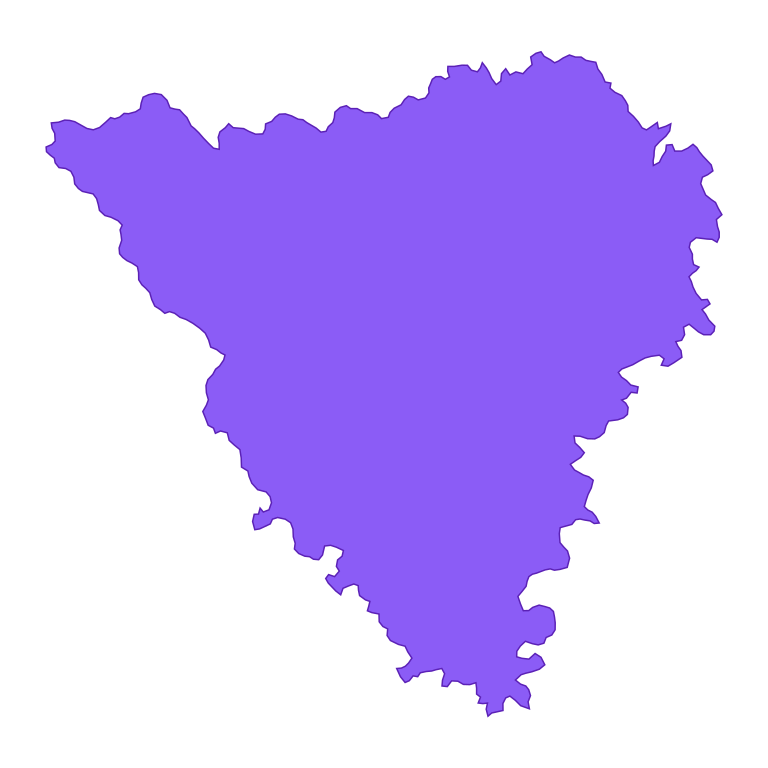 the district of Luz, Minas Gerais, Brazil
{"feature_id": "56859067B37044810293791", "entity_name": "Luz", "entity_type": "district", "adm_level": 2, "iso_a3": "BRA", "parent_name": "Brazil", "parent_adm1": "Minas Gerais", "projection": "orthographic", "projection_center": [-45.672, -19.865], "detail": "fine", "context": "isolated", "style": "filled", "palette": "violet", "viewbox_px": 768, "rotation_deg": 0, "n_neighbors": 0, "source": "geoboundaries", "source_scale": "gbopen_adm2", "svg_char_len": 6045}
<svg xmlns="http://www.w3.org/2000/svg" viewBox="0 0 768 768"><path d="M503.0,710.5L502.9,703.5L505.7,697.9L509.9,696.1L515.3,700.3L520.7,705.7L529.4,708.8L528.1,701.8L530.5,695.6L528.7,689.7L525.8,686.0L520.5,684.1L515.4,680.0L521.1,674.7L525.8,673.2L531.8,671.8L539.4,669.2L544.8,664.8L541.0,657.3L535.1,653.5L528.9,659.1L521.9,658.3L516.7,656.8L516.8,651.3L520.3,646.1L525.4,641.3L532.4,643.7L538.2,644.9L543.9,643.2L546.1,637.5L551.8,635.0L555.1,629.8L555.2,622.8L554.5,617.1L553.4,611.4L549.7,608.0L545.1,606.6L539.1,605.1L532.7,607.4L528.7,610.6L523.3,610.7L520.5,604.0L517.9,596.4L522.4,591.0L526.1,586.3L527.1,581.3L528.9,576.6L532.4,574.2L536.6,573.1L545.1,569.9L550.2,568.9L554.4,570.2L560.0,569.4L567.2,567.4L569.6,558.2L567.5,551.0L563.7,547.0L560.0,542.6L559.3,533.6L560.2,527.6L571.9,524.4L575.6,519.7L580.0,519.0L584.5,520.0L590.1,520.9L594.2,523.5L599.2,523.0L595.8,516.5L592.2,512.2L587.8,510.0L584.3,506.6L586.0,500.6L588.0,494.6L591.3,487.9L593.2,480.3L588.8,476.8L583.4,475.0L579.6,472.8L574.5,470.0L570.3,464.3L575.7,460.6L580.8,457.3L584.3,452.7L579.9,447.6L575.0,442.9L574.1,436.0L580.1,436.2L587.6,438.7L594.8,438.9L599.5,436.7L604.2,432.6L606.1,425.6L608.6,421.0L617.8,419.8L623.5,417.8L627.4,414.4L628.1,407.4L625.7,403.2L621.7,400.0L626.5,398.2L631.1,392.3L637.1,393.0L638.1,386.9L630.7,385.0L626.5,380.6L621.5,377.1L618.3,372.4L621.8,369.0L632.8,364.7L639.2,361.0L645.2,357.9L651.3,356.3L659.4,355.2L664.1,358.8L661.3,365.2L668.0,366.2L673.9,362.7L681.9,357.3L681.0,350.6L677.9,346.2L675.8,341.6L681.6,340.3L684.6,334.7L683.5,327.2L689.1,324.2L693.8,328.0L698.5,331.9L703.7,334.7L710.7,334.7L714.0,331.2L714.8,326.2L708.8,320.0L705.5,314.0L702.0,309.6L710.0,303.9L707.4,299.4L701.5,299.9L696.1,293.4L693.0,287.0L691.3,281.5L689.0,276.8L692.4,273.3L696.2,270.6L699.0,267.1L693.6,264.6L692.4,259.1L692.4,254.2L689.2,247.4L690.4,242.3L696.2,237.7L706.9,239.0L712.1,239.3L717.0,242.2L719.2,237.3L719.2,232.0L717.5,226.6L716.4,219.5L721.9,214.7L718.3,208.4L715.5,202.5L711.2,199.5L705.6,195.0L700.7,183.6L702.4,177.2L707.7,174.7L712.9,170.9L711.2,164.9L702.8,156.0L699.4,151.8L696.8,147.6L693.0,144.3L687.9,148.1L681.6,151.1L674.8,151.1L672.1,144.6L666.4,145.1L665.7,151.2L662.2,156.5L659.4,162.3L653.4,165.5L653.1,160.9L654.0,156.0L654.2,151.2L655.1,146.6L659.7,141.6L665.9,136.1L669.7,130.9L670.8,123.8L666.0,126.2L658.4,128.7L657.3,122.5L650.7,127.1L646.5,129.9L642.1,127.9L638.3,122.0L633.4,116.3L628.1,111.5L627.8,105.3L625.4,100.8L621.8,95.6L614.9,92.3L610.0,88.2L610.9,83.1L605.1,82.0L601.9,74.5L597.9,69.0L595.8,62.3L590.4,61.3L585.8,60.3L581.2,57.1L575.5,57.1L569.4,55.0L563.1,58.0L558.6,61.0L554.6,62.8L550.4,59.8L544.1,56.3L541.0,51.8L535.9,53.3L530.7,57.0L532.1,64.7L527.3,69.0L523.0,73.7L515.9,71.9L509.9,75.0L505.7,68.7L501.5,73.6L500.8,81.1L496.2,84.6L491.7,78.6L489.1,72.7L486.3,67.9L482.3,62.7L480.4,67.9L477.4,71.8L471.4,70.2L467.5,65.3L462.0,65.2L454.4,66.4L447.9,66.4L447.7,71.4L449.5,76.9L445.3,79.3L440.9,76.6L435.8,76.7L432.3,79.3L430.6,83.6L428.7,88.0L429.0,92.8L425.5,98.0L418.2,99.9L413.5,97.2L408.4,96.2L404.6,99.5L401.1,104.8L394.2,108.2L390.1,112.4L388.3,117.3L381.5,118.6L377.7,114.8L371.9,112.6L364.6,112.6L357.1,108.6L350.6,108.6L346.4,105.7L340.3,107.4L334.9,112.1L334.3,117.8L332.8,122.6L328.3,126.7L326.1,131.3L320.9,132.1L316.2,128.1L306.8,122.6L302.9,119.7L298.2,119.2L291.6,115.9L285.3,113.9L279.3,114.2L275.3,117.2L271.7,121.4L265.6,123.9L265.2,129.3L262.8,133.9L255.6,134.2L248.9,131.4L243.7,128.6L233.2,127.7L228.7,123.7L225.3,127.7L219.9,131.9L218.2,137.3L219.2,143.3L219.2,149.3L213.5,148.2L208.7,143.6L203.5,138.2L198.8,132.8L194.6,128.7L191.1,125.9L186.9,117.5L183.5,114.1L179.6,109.8L174.9,109.1L170.0,107.8L167.0,100.3L161.3,94.6L154.5,93.4L148.6,94.7L143.1,97.2L141.2,103.1L140.3,108.8L135.6,111.8L128.6,113.7L124.1,113.4L119.7,117.1L114.8,118.8L110.6,117.6L105.8,122.1L99.6,127.5L93.3,129.8L87.0,128.5L74.8,121.7L69.6,120.4L64.7,120.1L58.6,122.2L51.3,122.9L52.1,128.4L54.7,133.3L55.2,141.0L51.9,144.5L46.1,147.0L46.5,151.7L50.3,155.2L54.3,158.2L55.2,162.8L59.0,167.6L65.7,168.5L70.9,171.3L73.9,177.2L74.7,183.9L78.4,188.5L82.4,191.4L93.1,193.9L96.6,198.6L98.3,204.6L99.5,210.5L104.9,215.5L110.9,217.2L118.0,220.7L122.2,225.1L120.1,229.9L121.0,234.4L121.7,240.3L119.1,248.0L119.6,253.8L122.7,257.4L126.9,260.6L132.0,263.1L137.4,266.6L138.6,272.6L138.7,279.8L141.9,284.8L145.7,288.2L149.8,292.7L151.7,299.4L154.8,306.1L160.4,309.6L164.8,313.3L169.5,311.6L174.7,313.3L180.0,317.3L186.2,319.5L192.9,323.3L199.6,328.1L205.3,333.2L208.6,339.9L210.7,347.1L216.7,349.6L221.0,353.0L225.0,355.0L223.7,360.0L219.6,366.0L215.6,369.2L212.8,374.4L207.9,379.6L206.0,385.5L206.4,392.8L208.4,399.8L206.4,405.2L202.8,411.5L205.5,418.2L208.2,425.3L213.5,428.1L215.4,433.3L220.5,431.0L227.3,432.8L229.2,440.4L234.5,445.2L239.9,449.6L241.2,457.9L241.5,467.1L247.9,471.0L249.1,476.5L251.8,483.2L257.7,489.7L266.1,491.9L270.1,496.6L271.5,502.8L269.0,509.8L263.3,512.0L260.1,508.1L258.5,514.1L254.2,514.3L252.6,521.5L254.8,529.7L259.6,528.9L270.3,523.9L272.4,519.2L277.6,517.5L285.3,519.2L290.6,522.7L293.0,529.0L293.3,536.9L295.2,543.3L294.4,549.0L298.7,553.5L304.8,556.2L309.6,556.7L313.4,559.2L318.7,559.7L322.5,555.0L324.6,546.0L330.6,545.3L336.4,547.2L343.4,550.5L342.1,556.2L337.6,559.9L336.4,566.4L339.3,571.1L334.6,576.6L328.6,574.6L325.7,578.5L328.3,583.1L335.8,591.0L340.7,594.8L343.0,588.3L348.4,586.0L353.8,584.0L358.2,585.6L358.5,590.2L359.6,595.6L365.5,599.9L369.9,601.4L368.7,606.4L367.4,610.8L371.8,612.6L379.0,614.0L379.2,621.8L382.9,626.5L387.7,628.9L387.1,635.5L390.4,640.5L398.4,644.4L405.1,646.2L407.8,651.9L411.9,658.1L408.6,663.0L405.4,666.2L401.4,668.1L396.7,668.5L400.5,676.8L405.1,682.5L409.3,680.7L413.1,675.9L417.7,676.7L420.3,672.8L426.2,671.5L431.7,671.0L436.0,669.7L441.8,668.5L444.6,673.7L442.5,680.2L442.0,686.0L447.3,686.6L451.6,680.9L457.9,681.2L463.4,684.4L469.8,684.6L475.9,682.7L476.6,688.2L476.6,694.1L480.5,697.1L478.2,703.0L482.8,703.6L487.5,703.1L486.2,709.2L488.0,716.2L491.7,713.0L503.0,710.5Z" fill="#8b5cf6" stroke="#5b21b6" stroke-width="1.5"/></svg>